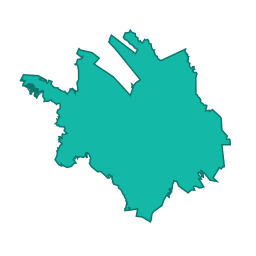 outline of San Miguel Soyaltepec, Oaxaca, Mexico, rotated 351°
{"feature_id": "50627088B40621475737534", "entity_name": "San Miguel Soyaltepec", "entity_type": "district", "adm_level": 2, "iso_a3": "MEX", "parent_name": "Mexico", "parent_adm1": "Oaxaca", "projection": "equal_earth", "projection_center": [-96.489, 18.251], "detail": "fine", "context": "isolated", "style": "filled", "palette": "teal", "viewbox_px": 256, "rotation_deg": 351, "n_neighbors": 0, "source": "geoboundaries", "source_scale": "gbopen_adm2", "svg_char_len": 5607}
<svg xmlns="http://www.w3.org/2000/svg" viewBox="0 0 256 256"><g transform="rotate(351 128 128)"><path d="M33.1,59.1L29.2,64.4L29.5,64.7L30.4,63.2L30.7,64.6L31.4,65.1L31.7,64.1L32.7,65.5L33.7,65.2L31.4,68.2L31.3,67.6L30.8,69.9L34.2,70.3L33.3,71.0L35.3,72.4L35.7,74.1L36.4,73.7L36.0,73.2L36.4,71.8L34.8,71.9L35.1,70.7L35.1,71.5L36.5,70.8L34.6,69.3L37.5,70.1L36.0,68.6L38.6,69.7L38.8,70.7L39.7,70.3L39.2,69.4L40.6,69.9L41.5,71.1L40.3,71.7L40.2,70.5L39.6,72.1L39.3,71.7L38.6,72.4L38.8,71.8L38.2,71.1L37.8,72.6L37.4,72.1L37.0,73.1L38.0,73.3L37.8,74.2L38.1,73.5L40.3,73.0L39.2,73.7L39.6,73.8L39.1,74.6L39.7,74.5L39.2,75.1L39.6,76.1L38.9,75.8L38.7,77.1L38.5,76.2L37.9,76.5L38.2,75.1L37.4,76.3L37.6,77.0L37.0,76.2L37.2,75.3L36.5,75.6L37.0,76.6L36.6,78.9L37.0,79.0L37.0,77.3L37.4,77.8L38.6,77.3L37.5,78.4L37.5,79.4L38.2,79.2L38.1,78.0L38.8,77.3L39.7,77.4L39.7,76.4L40.8,76.9L41.3,75.2L40.2,75.2L40.1,74.4L40.3,73.3L41.4,72.4L41.7,72.5L40.9,73.2L40.7,74.7L41.3,74.6L41.3,73.8L45.4,75.4L45.3,76.5L45.2,75.8L44.5,75.7L44.4,77.7L43.7,75.0L42.2,75.2L43.7,76.0L43.6,76.6L42.6,76.2L42.4,76.9L42.7,76.3L44.0,77.5L43.1,77.8L43.3,78.6L41.8,77.5L41.8,78.2L42.9,79.3L42.1,80.0L41.5,79.2L41.4,80.0L40.3,80.0L41.0,80.1L41.1,80.8L40.5,81.0L40.8,82.0L41.3,82.0L41.2,80.8L42.2,80.5L42.1,81.6L42.7,82.4L42.0,83.1L42.5,84.0L44.9,80.7L45.8,80.5L45.1,80.0L45.1,78.2L46.5,78.2L46.4,78.7L47.7,79.5L48.1,78.1L48.9,78.9L49.5,77.7L50.0,78.0L49.9,79.6L48.8,83.6L50.2,86.6L49.3,88.6L53.9,89.0L56.1,88.0L57.2,90.0L58.4,90.4L61.2,93.6L62.1,92.6L63.9,93.1L64.8,94.1L63.9,98.3L61.3,99.4L60.2,101.8L61.9,104.1L62.2,106.2L60.9,106.2L61.4,107.3L60.3,108.7L59.2,108.1L59.4,110.0L58.8,111.2L57.1,112.3L57.9,112.4L58.4,114.6L59.8,114.3L60.4,115.8L65.5,117.1L65.8,118.8L64.9,119.5L64.6,121.0L66.9,123.7L63.9,124.4L62.3,123.6L61.7,125.0L61.5,128.0L60.8,128.0L60.0,126.2L57.7,125.5L59.6,127.0L59.1,127.8L57.8,128.0L57.7,128.5L58.5,128.3L58.1,128.9L58.7,129.7L58.0,130.4L58.6,130.4L59.1,131.9L60.0,132.1L60.5,133.3L58.2,134.6L57.1,136.8L55.5,136.8L55.6,139.1L54.1,139.6L54.4,141.5L53.3,144.5L51.0,147.9L53.9,153.4L56.0,154.9L56.5,153.1L57.0,154.9L57.8,154.8L61.6,157.4L65.9,157.1L69.4,154.4L71.1,154.5L69.8,151.4L69.1,150.9L70.0,149.3L71.0,149.9L71.6,147.7L72.1,147.5L73.4,150.1L74.0,148.7L74.8,149.2L75.7,148.6L79.4,150.0L81.1,149.1L82.0,147.5L82.4,150.5L83.1,150.5L83.1,148.0L82.1,146.5L82.6,146.0L84.0,146.9L84.1,145.4L84.6,147.2L85.5,147.7L85.7,149.9L86.2,150.0L86.3,152.8L85.5,153.4L85.5,155.1L84.3,157.0L85.9,160.5L91.1,166.4L94.5,166.8L100.4,174.4L101.8,174.4L101.1,171.3L102.0,170.9L103.1,172.0L103.5,173.7L104.0,173.5L103.8,172.7L104.5,172.8L104.8,173.8L104.2,175.7L104.7,177.8L104.3,178.9L105.1,181.2L109.4,183.4L109.4,185.8L111.4,188.1L113.1,193.3L113.9,193.7L113.7,195.6L115.0,197.8L114.6,199.5L114.4,199.1L115.1,200.8L115.6,201.4L115.1,201.9L114.7,201.4L115.3,203.3L114.7,203.0L113.3,206.6L112.4,207.0L112.0,209.1L116.5,209.3L116.7,208.0L116.2,206.9L117.1,206.8L117.4,209.3L124.8,209.5L122.4,216.5L127.9,218.0L135.4,224.2L136.6,222.2L138.0,217.1L138.9,215.9L140.7,214.2L149.4,209.9L151.5,205.8L155.7,200.2L157.7,202.9L158.1,202.1L157.5,200.7L158.1,200.4L157.2,199.2L157.7,198.2L158.4,198.4L158.3,199.7L159.0,199.7L159.0,199.1L159.7,199.5L160.6,198.1L159.9,198.2L160.1,197.5L160.5,196.9L161.2,197.3L161.2,196.2L159.7,196.4L158.9,195.2L159.4,194.5L160.2,195.5L160.4,194.9L161.6,195.2L161.6,194.3L162.2,194.5L163.3,190.3L164.6,188.7L165.0,187.1L166.5,188.1L167.7,188.1L169.0,193.2L177.2,201.5L180.8,199.0L184.1,199.8L183.4,196.4L184.1,195.8L186.7,196.6L189.4,198.5L193.6,198.0L190.0,189.1L192.4,189.9L191.9,187.7L190.5,185.6L190.2,183.0L191.7,183.2L192.9,184.6L193.3,187.4L194.7,188.3L195.0,185.0L194.0,182.8L192.9,181.8L193.6,181.3L196.8,185.1L200.8,192.3L207.5,194.7L204.3,190.5L212.0,181.4L213.6,183.0L215.2,181.5L215.9,181.4L216.1,182.0L216.2,180.9L217.1,181.2L218.1,159.2L226.4,160.5L226.8,155.7L226.3,154.8L223.5,154.6L223.7,153.1L224.9,151.6L220.4,144.7L221.5,133.7L221.1,131.7L214.3,123.1L211.2,124.3L211.3,123.4L207.2,123.0L209.4,118.4L208.7,117.6L206.5,117.4L206.2,116.2L203.6,113.6L204.2,111.8L203.2,109.0L202.1,108.4L201.6,106.2L200.4,105.3L202.8,89.2L204.6,84.9L203.9,83.7L202.0,83.6L200.7,82.1L201.6,81.4L201.2,80.5L202.9,80.5L202.5,79.0L202.8,77.8L201.4,77.6L200.7,78.7L199.4,78.8L198.3,76.3L199.2,74.0L197.8,72.4L197.9,70.9L197.1,70.7L198.4,69.4L198.4,67.5L199.0,67.0L198.0,66.5L198.3,64.5L197.2,64.1L197.3,63.2L196.0,61.1L197.1,59.1L171.1,66.6L168.8,64.7L168.1,63.6L168.0,61.8L166.5,60.7L165.5,55.7L166.2,55.1L164.5,54.6L163.8,51.6L163.9,48.7L162.1,47.9L162.0,45.0L161.2,43.6L158.9,44.0L158.4,43.1L155.4,46.4L154.4,45.4L153.8,43.8L152.5,44.4L151.6,42.4L151.8,40.6L149.8,38.8L149.9,35.8L146.9,34.3L145.5,31.8L144.3,33.8L140.1,33.7L137.6,37.8L138.6,39.8L141.4,41.9L142.8,44.8L145.6,47.0L147.0,49.8L149.8,51.9L147.0,55.8L126.1,33.7L123.7,37.3L124.2,38.2L122.4,39.9L128.3,48.6L147.8,82.4L143.1,84.4L140.3,87.1L138.7,85.3L138.9,86.9L138.3,88.1L139.2,87.8L139.4,88.6L135.4,96.2L121.5,75.2L104.5,59.5L110.5,54.5L104.4,48.0L93.4,43.6L92.0,42.0L89.1,46.5L93.3,51.1L94.4,50.2L94.4,51.0L93.0,52.3L88.9,52.5L87.1,56.3L85.7,56.7L86.5,57.5L87.4,57.3L88.2,58.6L88.1,64.0L86.8,72.5L84.7,75.2L84.6,82.6L83.9,83.9L81.9,83.1L81.2,85.6L80.4,82.9L81.1,82.4L79.9,80.9L79.6,81.4L79.2,80.4L78.1,81.2L77.8,80.4L77.0,80.4L76.1,82.7L73.1,85.0L73.2,84.3L72.1,83.5L71.5,81.9L70.4,82.1L67.2,80.5L67.3,80.0L65.6,78.9L65.2,77.5L61.5,76.5L58.6,72.7L60.2,70.2L57.2,68.6L56.2,70.6L55.0,71.0L54.0,68.7L51.5,68.2L48.3,66.3L47.5,65.1L48.8,65.9L50.6,65.7L53.8,67.6L54.7,69.8L55.1,68.2L47.5,62.3L33.1,59.1Z" fill="#14b8a6" stroke="#0f766e" stroke-width="1.5"/></g></svg>